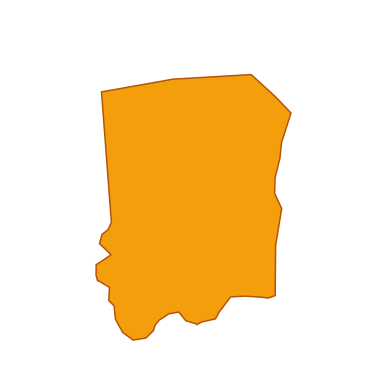 the district of Mellerud, Västra Götaland, Sweden, rotated 245°
{"feature_id": "70781695B28344262532925", "entity_name": "Mellerud", "entity_type": "district", "adm_level": 2, "iso_a3": "SWE", "parent_name": "Sweden", "parent_adm1": "Västra Götaland", "projection": "albers", "projection_center": [12.416, 58.693], "detail": "fine", "context": "isolated", "style": "filled", "palette": "amber", "viewbox_px": 384, "rotation_deg": 245, "n_neighbors": 0, "source": "geoboundaries", "source_scale": "gbopen_adm2", "svg_char_len": 697}
<svg xmlns="http://www.w3.org/2000/svg" viewBox="0 0 384 384"><g transform="rotate(245 192 192)"><path d="M69.8,140.7L70.1,146.1L67.1,159.6L71.9,166.2L80.6,182.7L75.2,196.0L69.0,207.6L63.6,216.5L63.0,223.6L108.4,245.3L139.1,266.3L155.8,266.3L169.8,273.3L185.2,285.8L199.2,294.2L221.7,315.1L242.7,308.0L272.4,295.7L273.4,295.3L302.3,222.5L321.0,152.3L198.5,106.1L193.3,99.9L191.6,92.5L184.2,86.3L177.4,89.1L169.4,92.0L168.3,86.3L166.6,74.4L156.9,69.8L151.5,68.9L151.0,69.8L140.4,76.9L128.8,70.7L121.7,73.3L109.3,68.9L94.2,69.8L82.7,76.0L79.1,88.4L82.6,98.2L87.0,102.6L89.7,107.9L91.4,119.5L88.8,129.3L78.1,131.9L70.0,140.8L69.8,140.7Z" fill="#f59e0b" stroke="#b45309" stroke-width="1.5"/></g></svg>